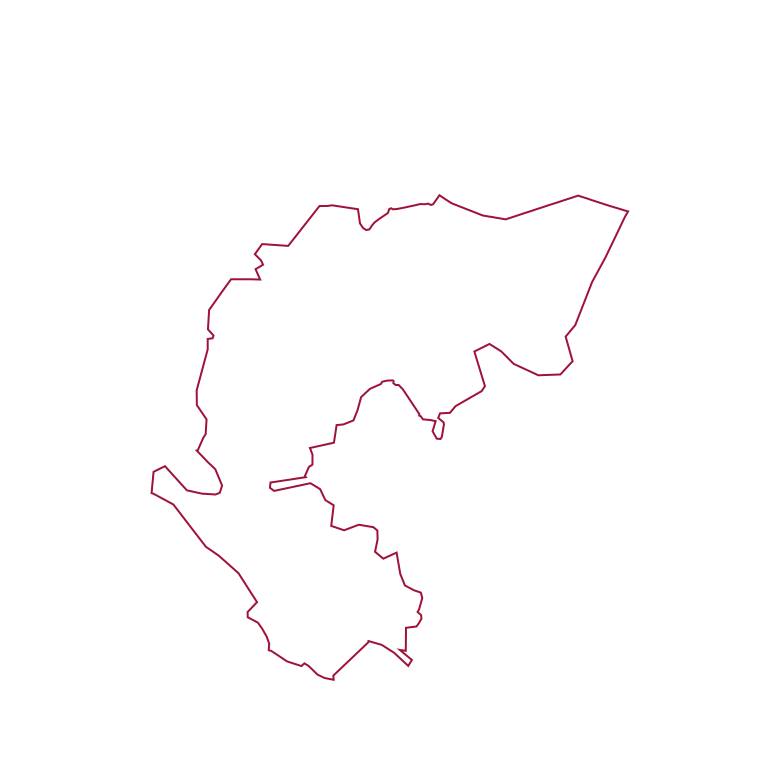 outline of Bara, North Kordufan, Sudan, rotated 306°
{"feature_id": "16777658B73241781951906", "entity_name": "Bara", "entity_type": "district", "adm_level": 2, "iso_a3": "SDN", "parent_name": "Sudan", "parent_adm1": "North Kordufan", "projection": "mercator", "projection_center": [31.071, 14.012], "detail": "fine", "context": "isolated", "style": "outline", "palette": "rose", "viewbox_px": 768, "rotation_deg": 306, "n_neighbors": 0, "source": "geoboundaries", "source_scale": "gbopen_adm2", "svg_char_len": 3310}
<svg xmlns="http://www.w3.org/2000/svg" viewBox="0 0 768 768"><g transform="rotate(306 384 384)"><path d="M569.3,317.9L569.2,317.9L564.8,318.0L558.3,318.1L556.4,316.7L555.9,313.7L553.8,311.8L552.3,309.7L550.8,307.4L548.1,305.2L538.6,296.7L535.5,293.8L533.2,291.6L530.6,288.6L530.3,286.4L528.3,285.4L526.7,286.1L524.5,286.6L520.3,285.1L514.8,283.1L509.1,281.4L505.2,281.1L500.5,281.3L498.1,279.1L497.9,275.4L499.8,270.2L510.1,260.2L498.0,236.9L494.8,233.6L490.0,227.2L439.4,225.3L425.6,203.2L413.1,203.2L411.7,211.9L409.4,216.0L401.4,212.6L395.7,222.4L390.6,214.9L378.8,198.7L365.0,198.7L341.1,199.0L324.7,209.5L323.0,217.6L320.3,218.5L316.8,214.9L308.4,221.0L268.7,236.2L259.6,243.0L256.9,245.0L251.1,261.2L238.6,269.2L234.4,269.4L221.3,272.2L220.1,271.5L217.2,287.8L215.9,297.6L206.7,312.7L199.5,315.1L195.6,312.7L188.2,301.0L182.1,287.0L188.8,255.1L177.5,249.2L159.1,260.1L159.7,261.9L162.7,284.5L147.6,335.6L148.0,351.1L145.4,377.5L138.1,396.1L132.9,409.5L119.3,407.7L115.2,410.9L116.8,422.3L114.5,429.1L110.5,437.9L106.4,443.8L100.9,447.2L101.8,449.8L102.6,468.7L107.3,483.0L111.2,483.8L111.6,488.5L109.8,501.0L111.2,508.6L112.9,512.4L115.1,517.1L118.3,514.4L165.6,523.1L166.9,522.5L171.6,535.4L172.5,550.0L170.2,569.3L177.1,568.8L178.2,553.2L178.9,554.6L181.0,558.4L199.7,545.1L206.9,552.8L211.0,552.8L216.0,552.3L218.8,550.0L219.3,545.2L222.4,544.8L233.3,540.8L236.9,536.4L234.7,529.4L233.3,519.4L239.9,508.8L255.0,493.3L242.3,486.1L243.0,475.4L254.6,470.1L261.6,464.7L261.9,459.5L255.3,446.3L242.2,437.7L238.2,424.7L256.3,414.6L255.6,404.8L261.4,394.1L260.5,382.8L232.9,357.9L233.0,352.7L237.6,350.1L262.7,375.5L263.1,374.1L272.7,372.0L276.7,373.5L284.8,367.7L288.7,361.7L307.1,378.0L322.9,369.8L327.4,374.9L336.6,380.7L347.5,377.9L359.9,373.2L371.9,375.5L382.2,381.5L384.7,381.2L388.5,384.4L392.0,388.9L392.0,390.0L390.1,391.2L390.1,394.2L391.8,396.4L390.8,402.3L380.4,430.4L379.1,431.0L379.5,432.8L378.3,436.2L382.2,442.9L384.3,447.6L374.3,451.1L370.8,458.8L372.7,462.0L375.2,461.9L386.8,456.1L388.0,454.6L388.4,447.8L393.2,446.6L399.4,454.3L408.2,454.9L435.7,467.2L441.6,466.9L463.4,438.0L478.4,445.8L479.3,459.7L476.5,477.1L481.8,503.8L495.4,521.1L503.4,522.0L513.3,523.2L529.1,503.1L544.1,504.1L574.0,496.3L588.9,492.4L616.5,488.8L622.9,487.6L643.4,483.9L660.2,480.8L661.9,480.6L664.8,480.3L666.1,480.1L667.1,480.0L667.0,479.7L666.1,477.3L665.8,476.5L663.3,469.2L661.4,463.8L661.2,463.3L660.7,461.9L660.4,460.9L659.7,458.8L659.3,457.7L659.0,456.7L657.9,453.2L657.7,452.6L656.6,449.3L656.4,448.7L656.0,447.4L655.8,446.7L655.2,445.0L654.7,443.5L654.5,442.7L654.3,442.0L653.4,439.1L652.9,437.6L651.7,434.0L651.1,432.2L650.6,430.4L649.6,429.7L649.2,429.5L648.5,428.9L648.0,428.5L645.4,426.7L640.1,422.8L638.2,421.4L635.1,419.2L633.1,417.8L628.7,414.5L628.2,414.2L625.3,412.0L621.1,409.0L619.5,407.9L616.4,405.6L613.0,403.2L608.8,400.2L608.6,400.0L605.6,397.8L604.8,397.2L598.2,392.5L592.1,388.1L589.2,386.0L588.7,385.6L587.7,383.6L585.1,378.3L584.6,377.4L582.3,372.6L581.0,370.2L578.6,365.3L578.4,364.9L578.2,364.1L577.6,362.0L576.4,357.0L576.3,356.8L575.4,353.3L574.6,350.3L574.0,348.1L573.3,345.4L573.1,344.4L571.8,339.7L571.4,337.9L570.6,335.0L570.4,334.3L570.3,333.7L570.2,333.3L570.0,332.4L569.9,332.1L569.9,331.8L569.5,323.7L569.3,317.9Z" fill="none" stroke="#9f1239" stroke-width="2"/></g></svg>